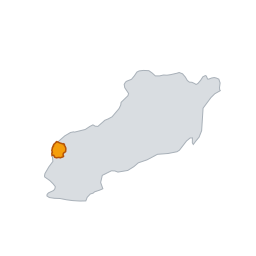 location of Has, Kukës, Albania, rotated 243°
{"feature_id": "67620474B51228836218093", "entity_name": "Has", "entity_type": "district", "adm_level": 2, "iso_a3": "ALB", "parent_name": "Albania", "parent_adm1": "Kukës", "projection": "equal_earth", "projection_center": [20.413, 42.193], "detail": "fine", "context": "in_parent", "style": "filled", "palette": "amber", "viewbox_px": 256, "rotation_deg": 243, "n_neighbors": 0, "source": "geoboundaries", "source_scale": "gbopen_adm2", "svg_char_len": 2137}
<svg xmlns="http://www.w3.org/2000/svg" viewBox="0 0 256 256"><g transform="rotate(243 128 128)"><path d="M85.3,78.0L85.5,74.6L86.3,69.2L85.8,67.4L86.3,64.4L84.8,60.2L82.2,57.3L84.7,52.1L88.4,45.8L91.9,40.7L96.0,35.5L98.8,30.5L101.8,26.3L104.3,24.9L105.6,25.8L106.3,27.7L106.1,33.3L107.0,35.2L108.7,36.6L112.4,35.9L116.6,34.5L122.1,31.6L123.1,31.8L125.1,33.3L129.4,40.0L132.3,45.9L137.9,48.0L141.0,50.3L145.0,53.8L147.0,57.4L149.7,68.2L150.1,74.7L149.3,77.7L148.6,78.5L146.1,89.2L146.7,94.6L146.7,98.2L144.5,99.6L143.1,101.9L145.4,110.8L145.1,114.6L145.2,118.9L149.4,128.9L151.8,132.0L154.0,133.5L156.8,142.6L158.5,144.2L165.3,143.4L168.6,144.4L170.0,146.6L170.3,148.1L169.8,153.2L171.5,157.2L173.8,161.3L173.8,163.8L172.3,167.9L169.6,172.6L166.0,174.5L162.0,176.0L160.1,179.7L159.1,183.7L157.4,186.6L156.3,189.8L154.6,196.4L154.2,198.8L151.5,201.2L147.3,202.2L143.5,202.4L141.0,203.5L139.7,205.7L137.3,207.6L135.9,208.4L135.9,210.4L137.6,214.5L139.6,217.9L139.6,220.7L138.7,221.4L135.6,221.1L134.9,222.1L134.6,225.1L133.8,227.7L132.5,229.3L130.3,231.1L126.3,230.5L122.5,227.9L120.6,227.1L119.4,227.2L119.1,220.8L117.5,215.8L111.6,203.9L92.2,192.4L87.6,187.2L85.7,182.8L83.7,178.7L85.6,178.6L87.5,179.6L89.9,180.9L90.9,178.8L89.9,174.3L84.9,163.8L84.6,160.9L87.1,152.1L91.2,142.3L91.0,130.4L92.3,121.4L90.9,115.6L90.3,108.5L93.3,99.0L95.8,96.7L97.4,93.7L97.5,83.6L91.9,78.9L85.3,78.0Z" fill="#d9dde1" stroke="#a8b0b8" stroke-width="1"/><path d="M132.2,57.9L133.2,57.8L134.4,58.5L135.0,59.5L135.1,60.7L135.3,61.7L137.5,63.1L138.6,63.5L140.3,63.6L141.6,63.4L142.3,63.9L143.2,63.5L143.2,63.0L145.5,60.6L146.0,60.2L146.3,59.9L146.7,59.6L147.4,59.2L147.7,58.8L147.7,58.6L147.8,58.0L148.2,58.1L148.2,57.7L148.0,57.4L147.9,57.1L147.7,56.6L147.5,56.0L147.3,55.4L147.2,54.7L146.8,54.2L146.6,53.8L145.8,53.5L145.8,52.8L145.3,52.6L145.1,52.1L144.5,51.3L143.9,51.2L143.3,50.5L142.5,49.9L140.7,49.6L140.4,48.9L139.4,48.3L138.8,48.2L138.1,47.9L138.1,48.1L138.1,48.3L137.9,48.6L137.8,48.8L137.6,49.0L137.4,49.4L135.3,49.4L133.9,50.7L133.6,51.8L133.1,53.2L132.2,54.1L131.8,57.0L132.2,57.9Z" fill="#f59e0b" stroke="#b45309" stroke-width="1.5"/></g></svg>